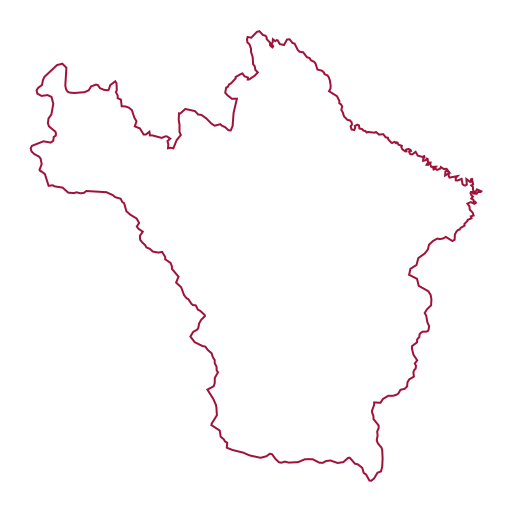 the district of Tosing, Quthing, Lesotho
{"feature_id": "5366337B57402845150405", "entity_name": "Tosing", "entity_type": "district", "adm_level": 2, "iso_a3": "LSO", "parent_name": "Lesotho", "parent_adm1": "Quthing", "projection": "albers", "projection_center": [28.037, -30.451], "detail": "fine", "context": "isolated", "style": "outline", "palette": "rose", "viewbox_px": 512, "rotation_deg": 0, "n_neighbors": 0, "source": "geoboundaries", "source_scale": "gbopen_adm2", "svg_char_len": 5956}
<svg xmlns="http://www.w3.org/2000/svg" viewBox="0 0 512 512"><path d="M226.8,447.7L232.5,450.0L243.1,452.6L249.6,455.4L260.5,457.8L266.3,456.3L270.0,453.7L272.1,454.3L275.4,458.9L279.0,462.3L281.4,462.7L285.0,461.6L288.8,462.6L298.2,462.1L304.8,459.3L308.4,459.2L312.8,459.3L319.4,462.7L322.8,462.8L326.1,461.0L330.4,460.5L337.7,463.0L343.4,462.1L348.0,457.9L349.7,457.7L355.0,463.7L357.8,464.3L362.3,467.9L363.7,473.0L366.0,474.4L369.4,480.5L371.1,480.8L374.0,478.6L377.5,472.7L381.0,471.4L382.2,466.7L382.6,458.7L382.2,450.0L381.5,447.7L377.7,443.1L376.7,440.1L377.6,435.6L377.2,431.4L378.7,428.1L378.6,425.4L373.5,419.1L373.4,415.9L372.2,412.9L372.0,410.8L374.1,405.0L374.2,402.4L380.4,402.8L382.9,399.0L388.2,395.8L393.0,395.8L396.6,394.7L398.4,393.4L400.5,389.8L404.7,388.8L407.1,386.4L407.5,382.2L409.3,379.3L413.9,376.6L413.4,372.4L414.0,370.3L415.6,368.7L416.0,365.8L414.8,363.5L417.2,360.3L413.5,354.8L411.9,348.5L412.1,346.0L417.0,342.4L417.2,339.4L419.3,337.0L419.6,334.2L421.0,332.7L422.6,331.7L426.7,331.6L428.2,330.7L428.7,329.0L429.1,326.1L427.4,322.4L426.2,315.7L424.7,313.0L426.8,309.5L431.1,305.3L431.4,299.3L430.6,294.8L428.4,291.3L418.7,285.8L417.0,278.8L409.1,274.8L410.4,268.8L416.5,265.0L418.3,258.1L424.7,253.5L427.9,249.5L429.0,244.7L433.1,240.9L437.3,238.6L440.0,239.1L443.4,238.4L445.8,236.9L452.4,241.0L454.6,239.8L454.9,234.4L456.4,231.7L458.0,229.9L459.6,229.6L460.6,227.9L464.6,225.6L464.4,224.0L467.6,220.7L467.7,219.8L471.5,218.3L470.8,216.4L473.6,215.5L472.7,212.7L469.7,209.5L469.5,206.4L467.4,203.6L470.8,202.1L474.4,203.8L475.9,202.8L475.0,201.6L473.7,201.4L473.3,199.6L471.3,198.6L472.9,196.6L471.6,195.6L470.5,193.0L470.9,192.0L472.6,192.0L473.1,193.5L476.6,193.8L478.1,192.0L480.7,192.0L481.3,191.3L477.0,189.4L475.5,191.8L474.1,192.2L473.0,189.6L472.9,186.8L471.3,185.4L473.1,184.4L472.0,179.0L471.0,179.3L470.9,181.8L470.3,182.0L466.4,179.1L466.8,184.6L465.1,185.6L463.6,185.1L462.5,184.0L461.6,178.9L457.5,180.5L455.8,180.4L455.7,178.0L457.5,176.1L449.5,177.6L448.7,175.9L448.9,173.2L445.1,175.5L445.4,171.4L446.4,170.9L448.8,171.8L446.5,168.8L443.7,169.0L440.8,167.0L440.1,168.7L437.1,169.9L435.5,168.6L433.6,169.5L433.3,168.3L435.3,167.7L436.0,166.7L431.3,166.9L430.2,164.4L430.6,162.5L429.4,162.5L428.0,164.9L426.6,164.8L428.1,162.3L427.6,158.9L426.7,158.6L425.8,160.2L423.1,160.8L423.2,158.9L424.5,157.1L424.2,156.1L422.3,156.9L417.7,155.6L415.6,151.8L412.3,154.3L410.3,154.2L409.1,151.9L409.5,151.0L410.9,150.9L410.5,149.9L408.7,149.0L406.3,149.5L405.9,149.9L406.4,151.3L405.5,151.5L402.4,149.4L401.3,147.0L401.8,145.8L398.4,144.6L397.5,142.6L396.3,142.3L395.9,143.1L394.3,141.9L392.2,143.0L391.3,142.7L388.2,139.3L388.0,137.8L385.6,137.3L383.3,134.2L379.0,134.6L376.0,132.0L374.8,132.7L368.1,132.0L366.6,132.5L365.5,131.1L363.3,130.5L362.0,129.0L359.4,128.5L359.0,125.4L357.3,124.7L354.8,126.0L355.2,127.8L354.3,130.0L351.6,129.5L350.6,126.2L352.0,124.6L351.6,122.3L350.0,120.4L347.4,119.9L343.9,116.2L342.9,112.6L341.3,109.9L342.2,106.5L341.0,104.4L339.3,103.2L339.4,101.1L337.0,96.2L329.0,91.2L330.4,88.7L330.7,85.9L329.9,80.4L328.6,76.9L327.4,75.4L324.5,74.1L324.0,72.6L321.9,70.7L317.4,69.5L315.6,63.7L314.3,61.9L310.9,60.3L309.5,58.0L306.9,57.2L303.2,52.3L299.4,51.7L297.8,50.0L294.6,43.6L292.4,42.9L289.6,39.3L287.0,39.5L284.0,45.0L279.8,44.1L277.7,40.4L276.8,40.1L275.2,41.1L272.9,39.3L272.7,42.2L271.5,43.7L273.2,46.3L272.4,47.4L270.1,45.4L270.0,42.6L266.7,39.1L266.6,37.4L265.5,35.7L262.9,35.0L259.4,31.2L257.0,31.8L251.2,37.7L247.6,37.0L247.0,39.2L247.4,42.4L249.4,44.2L251.0,48.6L251.0,51.8L252.7,57.2L253.1,64.2L254.7,66.2L255.3,69.8L257.8,72.4L254.8,75.6L249.0,79.5L247.7,79.5L247.9,77.5L244.5,76.3L242.4,73.4L241.0,74.0L235.6,77.0L235.7,78.3L231.1,83.3L229.1,84.4L227.6,87.1L226.2,87.6L225.2,92.7L227.5,95.3L231.9,98.8L236.9,98.7L233.6,112.8L232.6,126.0L230.7,130.5L228.4,130.2L225.2,127.2L221.9,125.7L220.3,124.2L214.6,125.7L211.2,123.4L206.4,118.5L201.5,114.9L198.1,114.5L195.0,111.1L185.3,109.0L180.4,113.4L179.0,113.3L178.7,119.9L179.5,124.7L179.5,131.9L180.8,135.0L176.5,140.4L173.4,148.3L170.3,147.7L168.0,148.3L168.3,144.4L167.5,141.1L170.2,138.6L167.1,136.5L165.6,136.3L161.7,137.9L152.4,135.4L149.9,135.4L149.4,131.7L145.9,134.5L143.6,134.5L139.9,128.4L134.8,126.4L136.5,121.3L134.3,117.5L131.9,110.2L128.8,107.6L124.9,106.3L121.7,106.3L120.9,99.6L117.7,98.2L117.7,95.6L115.9,92.1L116.8,90.3L116.5,83.3L115.2,81.3L110.2,85.2L108.8,89.6L107.8,90.3L103.9,89.8L100.0,88.2L97.9,85.1L96.0,84.6L91.1,86.4L88.7,90.3L84.5,92.2L74.1,93.0L69.3,92.5L67.5,91.6L66.0,89.1L65.3,85.5L66.4,67.7L62.3,63.7L57.0,65.1L44.4,76.9L42.9,80.2L42.0,85.0L38.1,87.9L36.6,90.3L37.3,93.6L41.5,95.9L47.6,95.1L51.5,96.9L53.3,103.8L51.4,114.4L48.5,118.5L47.9,123.2L48.9,126.3L55.4,131.7L55.9,133.2L55.8,135.6L53.7,137.0L53.3,140.7L50.7,142.6L43.5,141.3L31.8,145.9L30.7,148.4L31.5,151.4L34.2,154.0L39.0,156.6L40.6,158.6L41.7,164.1L39.5,169.9L40.5,171.3L41.2,171.2L44.9,174.1L48.6,185.8L52.8,185.3L54.7,186.4L62.6,187.6L68.3,192.7L74.3,193.1L76.4,192.3L80.5,193.3L83.8,192.9L86.4,191.0L106.4,192.2L112.8,195.1L115.1,197.1L120.6,198.7L122.3,202.0L124.1,203.2L126.4,211.2L130.2,214.6L136.6,218.5L139.1,223.0L136.8,226.5L138.5,228.8L142.8,231.7L139.9,235.8L140.1,239.7L142.0,242.2L145.2,245.2L146.4,247.4L149.8,248.8L152.9,251.6L158.4,252.6L162.1,251.9L165.2,257.0L165.2,259.3L170.5,262.9L171.9,266.3L171.9,268.8L178.5,276.7L176.1,282.6L181.1,287.2L184.1,295.2L186.6,298.3L188.4,299.2L191.4,303.8L192.8,305.0L195.8,305.4L197.9,309.7L200.2,310.8L204.7,315.0L204.9,316.1L201.2,319.8L199.1,323.5L198.3,327.9L197.2,329.6L193.2,331.9L190.4,336.5L194.7,342.2L202.6,346.1L205.3,346.6L207.8,350.0L211.6,353.3L212.9,357.3L214.7,360.1L214.7,363.2L216.5,366.6L216.7,370.5L218.0,372.3L214.8,377.9L214.7,383.3L213.6,386.3L207.4,389.6L213.2,398.8L216.0,405.0L216.4,407.4L216.9,415.3L211.7,423.5L211.4,425.1L219.7,430.5L220.7,436.7L223.8,439.3L225.0,441.5L227.2,442.7L226.8,447.7Z" fill="none" stroke="#9f1239" stroke-width="2"/></svg>